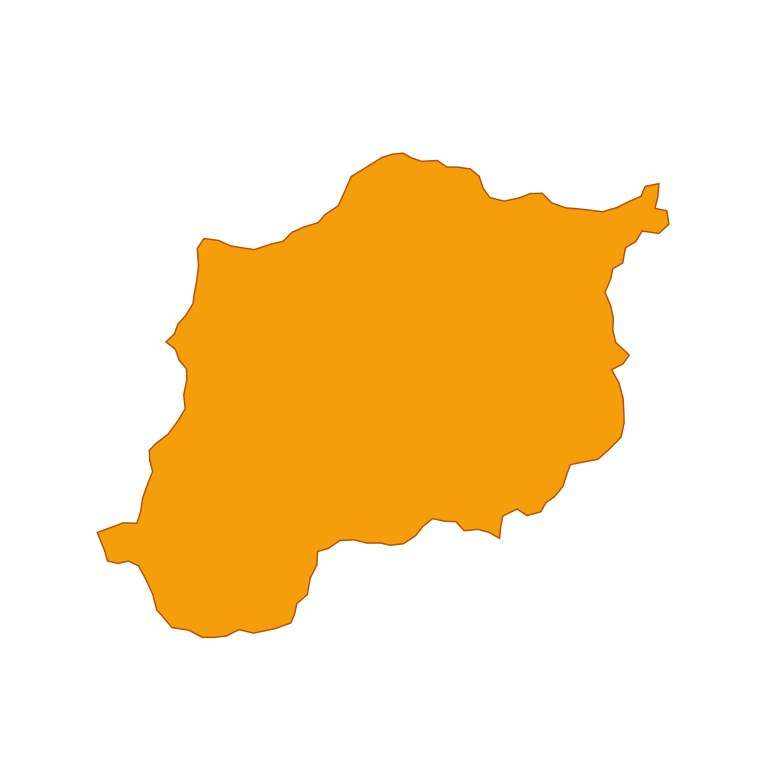 outline of Sericita, Minas Gerais, Brazil, rotated 261°
{"feature_id": "56859067B8747364501961", "entity_name": "Sericita", "entity_type": "district", "adm_level": 2, "iso_a3": "BRA", "parent_name": "Brazil", "parent_adm1": "Minas Gerais", "projection": "robinson", "projection_center": [-42.459, -20.494], "detail": "fine", "context": "isolated", "style": "filled", "palette": "amber", "viewbox_px": 768, "rotation_deg": 261, "n_neighbors": 0, "source": "geoboundaries", "source_scale": "gbopen_adm2", "svg_char_len": 1953}
<svg xmlns="http://www.w3.org/2000/svg" viewBox="0 0 768 768"><g transform="rotate(261 384 384)"><path d="M176.5,136.5L171.5,152.5L162.2,164.8L160.3,176.6L159.8,188.9L164.1,202.4L158.4,216.0L159.4,237.9L162.6,254.6L171.0,259.8L180.7,263.5L188.1,275.4L203.6,280.6L215.8,289.4L228.9,292.2L230.4,303.6L236.3,315.9L234.8,329.9L229.5,342.4L227.6,355.3L223.8,364.9L223.2,378.3L229.1,391.2L237.3,400.2L243.5,410.9L238.8,422.8L236.9,433.3L226.6,440.3L225.7,454.3L221.1,464.4L213.5,474.0L224.5,476.9L235.0,480.6L239.7,495.9L231.6,504.7L233.3,518.9L241.6,525.5L246.0,534.7L254.9,544.8L265.9,550.2L275.2,555.5L275.8,569.9L276.2,583.5L284.2,596.0L294.4,609.8L308.1,615.1L319.7,616.6L332.4,617.9L348.3,616.2L362.6,611.1L366.4,623.0L374.1,630.8L388.8,619.4L401.1,618.4L413.6,620.8L426.0,620.1L440.0,616.6L452.5,624.5L462.0,628.0L466.2,638.7L480.8,643.8L485.2,654.9L494.7,662.8L489.7,679.0L497.3,690.4L511.0,690.4L515.0,679.0L525.6,683.6L538.9,686.9L538.3,672.9L529.2,667.2L526.2,655.6L521.8,641.3L519.9,626.9L523.3,615.1L526.6,603.2L529.6,590.8L536.8,577.8L547.6,570.2L549.2,558.3L546.7,547.0L545.8,531.2L551.5,517.8L561.7,512.6L574.4,510.4L582.8,503.1L586.6,490.9L588.5,479.9L596.4,471.6L598.0,456.1L603.1,446.4L609.0,439.0L609.6,427.8L608.0,417.1L603.3,406.3L598.4,394.7L594.0,384.0L582.2,376.6L567.2,366.7L560.4,352.0L553.6,344.1L551.7,329.9L548.1,316.5L540.8,306.9L539.9,294.6L537.0,277.1L541.2,263.5L544.6,253.7L551.7,243.0L555.8,228.9L547.1,220.8L529.6,219.3L513.7,214.7L503.8,211.0L493.2,207.9L482.7,198.9L475.5,189.9L466.4,184.9L459.6,175.3L450.8,183.4L439.1,185.6L429.8,191.3L418.9,189.9L404.5,184.5L390.7,183.8L379.5,174.4L368.3,163.0L361.0,149.6L355.2,141.8L345.1,140.7L333.7,141.8L321.2,134.3L309.0,127.7L296.3,123.8L285.1,118.1L287.6,104.8L285.1,92.3L282.2,77.6L272.7,79.8L263.1,82.0L252.4,83.3L248.4,93.4L249.0,104.1L242.7,113.1L228.9,118.1L212.4,122.7L196.4,124.2L186.7,130.4L176.5,136.5Z" fill="#f59e0b" stroke="#b45309" stroke-width="1.5"/></g></svg>